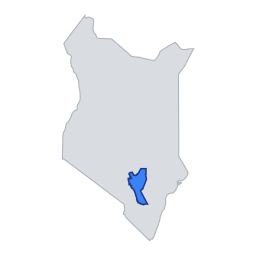 location of Kitui South, Eastern, Kenya
{"feature_id": "3690345B12410627224170", "entity_name": "Kitui South", "entity_type": "district", "adm_level": 2, "iso_a3": "KEN", "parent_name": "Kenya", "parent_adm1": "Eastern", "projection": "equal_earth", "projection_center": [38.343, -2.253], "detail": "fine", "context": "in_parent", "style": "filled", "palette": "blue", "viewbox_px": 256, "rotation_deg": 0, "n_neighbors": 0, "source": "geoboundaries", "source_scale": "gbopen_adm2", "svg_char_len": 6127}
<svg xmlns="http://www.w3.org/2000/svg" viewBox="0 0 256 256"><path d="M62.5,159.0L62.4,155.2L62.8,145.6L62.8,137.2L63.2,133.0L64.7,130.3L65.4,128.4L65.9,125.7L66.7,123.4L68.6,121.6L68.9,120.6L70.8,117.6L72.0,113.8L72.9,112.5L74.0,111.2L74.8,110.6L76.0,110.0L77.0,109.6L77.2,109.3L77.3,108.7L77.0,106.3L77.4,105.5L78.1,103.9L78.9,102.4L79.6,101.4L80.0,100.5L80.1,98.8L80.2,97.6L80.2,95.6L79.9,91.2L79.1,87.5L78.6,83.3L79.0,82.0L78.3,79.5L78.0,79.4L77.5,78.9L76.8,76.6L76.3,74.5L76.0,73.9L73.8,72.1L72.7,67.8L71.5,66.8L70.8,62.5L70.7,61.3L71.4,57.0L71.3,56.1L70.6,55.2L68.5,54.2L66.9,52.5L67.1,51.9L67.2,51.2L66.3,50.8L63.8,43.5L67.1,39.1L70.4,34.6L74.7,29.0L78.6,23.8L82.0,19.3L85.0,15.4L85.0,16.1L85.0,17.1L85.3,17.7L86.0,18.2L86.8,17.7L87.6,17.1L88.3,17.0L92.8,18.6L93.6,20.1L93.6,21.6L93.7,22.8L93.4,23.9L93.0,27.3L93.1,30.5L94.5,32.8L95.7,34.6L96.7,37.2L97.4,38.0L98.3,38.4L101.5,38.5L106.1,38.7L110.5,38.8L110.9,38.9L111.9,39.2L115.9,42.7L119.7,45.9L122.8,48.6L125.9,51.3L128.9,53.9L131.2,56.1L133.5,56.8L137.2,57.1L139.8,57.2L142.2,58.1L145.7,58.9L148.3,59.4L149.9,59.9L154.3,60.4L155.1,60.1L157.0,57.7L159.2,53.8L160.0,51.6L162.9,49.5L167.8,46.5L171.3,44.4L175.2,42.3L177.0,44.1L179.4,47.1L180.5,48.5L181.4,49.2L182.7,49.6L184.3,49.6L185.2,49.5L187.0,49.1L191.2,48.8L193.6,48.8L191.5,52.7L189.1,57.4L184.7,66.0L181.3,70.5L178.7,73.9L178.5,74.5L178.5,78.4L178.5,87.7L178.6,106.3L178.7,125.0L178.7,143.6L178.7,153.0L178.7,156.1L181.0,160.0L183.2,163.8L186.1,168.9L187.7,171.6L187.9,172.5L187.8,174.4L185.4,178.2L183.5,179.9L180.8,180.7L180.0,180.6L179.0,180.0L178.6,180.9L178.3,182.3L177.7,182.0L177.3,181.6L177.5,184.1L177.8,185.4L177.4,187.1L176.1,188.5L176.0,189.8L173.2,193.0L169.3,193.4L167.2,195.0L166.3,196.3L165.6,199.2L165.8,203.6L164.7,207.1L164.5,208.8L162.5,211.0L161.6,213.0L160.9,215.1L160.4,216.0L159.7,220.6L158.7,223.4L158.5,224.3L158.2,225.2L157.5,226.8L157.0,228.0L156.7,228.7L154.3,235.9L152.4,239.2L150.9,238.8L150.0,240.0L149.9,240.6L149.3,240.3L148.1,239.1L145.6,236.7L143.1,234.2L140.6,231.8L138.0,229.3L135.5,226.9L133.0,224.5L130.5,222.0L128.0,219.6L126.5,218.1L125.8,217.3L125.3,215.6L125.1,215.2L124.4,214.7L123.6,214.5L123.4,214.2L123.4,213.4L123.7,212.2L124.6,210.0L124.7,208.7L124.5,207.2L124.2,204.8L124.0,204.2L122.3,203.0L118.8,200.3L115.3,197.7L111.8,195.1L108.3,192.4L104.8,189.8L101.3,187.2L97.8,184.5L94.3,181.9L90.8,179.3L87.3,176.6L83.8,174.0L80.3,171.4L76.8,168.7L73.3,166.1L69.8,163.5L66.3,160.8L64.9,159.9L63.8,159.0L62.5,159.0ZM179.0,184.6L178.4,184.8L178.7,183.5L180.5,181.9L181.2,182.3L181.4,182.6L181.3,183.0L181.0,183.3L179.0,184.6Z" fill="#d9dde1" stroke="#a8b0b8" stroke-width="1"/><path d="M146.0,168.7L140.9,168.7L140.7,169.0L138.0,173.7L137.9,173.7L137.8,173.8L137.8,173.7L137.7,173.7L137.5,173.9L137.4,173.9L137.4,174.0L137.2,174.3L137.1,174.5L136.9,174.6L136.7,174.8L136.7,174.7L136.4,174.7L136.3,174.9L136.2,175.0L136.0,175.3L135.9,175.3L135.7,175.5L135.4,175.3L133.8,175.3L133.4,174.5L133.4,174.4L133.3,174.2L133.2,173.9L132.8,173.3L132.7,173.2L132.5,172.8L132.4,172.5L132.3,172.3L131.3,172.4L131.2,172.5L130.9,172.6L130.7,172.5L130.1,172.7L129.8,172.7L129.5,173.0L129.4,173.1L129.3,173.3L129.2,173.5L129.1,173.8L129.0,174.1L129.2,174.3L129.3,174.4L129.3,174.5L129.4,174.8L129.5,174.9L129.6,175.0L129.8,175.1L130.0,175.3L129.9,175.5L129.7,175.6L129.8,175.6L129.8,175.8L129.8,176.1L129.9,176.4L129.9,176.5L130.0,176.6L130.0,176.8L130.1,177.0L130.2,177.4L130.3,177.4L130.3,177.5L130.4,177.4L130.4,177.5L130.5,177.6L130.5,177.8L130.6,178.0L130.7,177.9L130.7,178.0L130.8,178.0L130.7,178.1L130.8,178.1L130.9,178.3L131.0,178.4L131.1,178.5L130.8,178.6L130.7,178.6L130.5,178.8L130.3,178.7L130.2,178.7L129.9,178.7L129.8,178.8L129.6,178.8L129.4,178.8L129.2,178.7L129.1,178.4L128.8,178.3L128.7,178.4L128.4,178.3L128.2,178.4L128.3,178.7L128.3,178.9L128.3,179.0L128.4,178.9L128.5,179.0L128.4,179.2L128.4,179.3L128.4,179.5L128.4,179.8L128.4,180.1L128.6,180.8L128.6,181.0L128.8,181.1L128.8,181.3L128.8,181.5L128.8,181.8L129.0,181.9L129.1,182.2L129.1,182.4L129.1,182.5L129.2,182.8L129.1,183.2L129.1,183.4L129.1,183.5L129.0,184.0L129.2,184.3L129.2,184.5L129.2,184.8L129.3,184.8L129.4,184.7L129.5,184.7L130.0,184.5L130.1,184.3L130.2,184.6L130.3,184.7L130.4,184.8L130.5,184.8L130.6,185.1L130.7,185.4L130.8,185.7L130.8,185.8L131.0,185.8L130.9,185.9L130.8,186.0L131.0,186.7L131.0,186.9L131.2,187.1L131.3,187.2L131.5,187.3L131.6,187.8L131.7,188.0L131.9,188.2L132.1,188.2L132.3,188.4L132.6,188.5L132.8,188.6L133.0,188.8L133.3,189.0L133.5,189.9L133.6,190.0L133.8,190.2L133.9,190.3L134.1,190.4L134.3,190.5L134.4,191.0L134.5,191.1L134.5,191.8L134.7,192.0L134.8,192.1L134.9,192.4L135.0,192.5L135.1,192.8L135.1,193.1L135.3,193.3L135.3,193.5L135.4,194.0L135.5,194.1L135.5,194.4L135.6,194.5L135.8,195.1L135.8,195.3L135.8,195.5L136.1,195.8L136.1,196.1L136.2,196.6L136.3,196.7L136.4,197.2L136.5,197.4L136.6,197.7L136.7,197.9L136.8,198.2L136.8,198.3L136.9,198.5L136.7,198.9L136.7,199.1L136.8,199.2L136.8,199.4L136.9,199.6L136.8,199.9L136.9,200.0L137.0,200.0L137.1,200.3L137.1,200.5L137.3,200.6L137.2,200.8L137.4,200.9L137.4,201.1L137.5,201.2L137.6,201.6L137.6,201.8L137.8,201.8L137.8,202.0L138.0,202.2L138.1,202.5L138.2,202.4L138.2,202.5L138.3,202.6L138.5,202.7L138.7,202.8L138.8,202.8L139.0,202.9L139.4,202.9L139.6,203.2L139.8,203.1L139.8,203.3L140.1,203.4L140.1,203.5L140.4,203.5L140.5,203.7L140.5,203.8L140.7,204.0L141.0,204.0L141.4,203.9L141.7,204.0L141.8,204.2L142.0,204.2L142.2,204.3L142.4,204.2L142.5,204.2L142.6,204.3L142.8,204.3L143.1,204.4L143.1,204.5L142.9,204.5L143.0,204.7L143.3,204.7L143.5,204.5L143.6,204.4L143.7,204.5L144.0,204.5L144.5,204.1L144.8,204.2L145.0,204.1L145.4,204.1L145.8,204.1L146.0,204.0L146.1,203.8L146.5,203.8L146.6,203.7L146.8,203.8L147.0,203.7L147.0,203.8L147.1,204.0L147.3,204.1L147.5,204.1L140.1,190.2L140.2,190.3L140.3,190.3L140.7,190.3L141.1,190.2L141.4,190.0L141.6,189.8L141.6,189.7L141.9,189.5L141.9,189.3L141.9,189.2L142.0,189.2L142.3,189.0L142.5,188.9L142.7,189.0L142.8,188.9L142.8,188.7L146.2,179.9L146.5,179.2L146.4,178.6L145.5,174.5L145.6,174.4L145.8,174.3L145.9,174.2L146.0,174.2L146.0,168.7Z" fill="#3b82f6" stroke="#1e3a8a" stroke-width="1.5"/></svg>